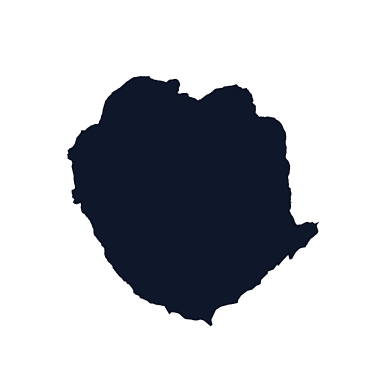 Varsag, Harghita, Romania (Natural Earth projection), rotated 126°
{"feature_id": "2599482B23586841588479", "entity_name": "Varsag", "entity_type": "district", "adm_level": 2, "iso_a3": "ROU", "parent_name": "Romania", "parent_adm1": "Harghita", "projection": "natural_earth1", "projection_center": [25.349, 46.545], "detail": "fine", "context": "isolated", "style": "filled", "palette": "ink", "viewbox_px": 384, "rotation_deg": 126, "n_neighbors": 0, "source": "geoboundaries", "source_scale": "gbopen_adm2", "svg_char_len": 5973}
<svg xmlns="http://www.w3.org/2000/svg" viewBox="0 0 384 384"><g transform="rotate(126 192 192)"><path d="M231.3,316.2L233.0,313.8L234.7,314.3L235.2,313.5L237.2,312.0L237.2,309.9L236.5,308.0L238.4,305.3L239.6,304.6L241.5,304.0L245.2,299.9L248.0,296.6L250.5,295.0L253.6,292.0L255.2,290.0L256.7,288.7L257.8,288.0L260.1,288.8L261.2,289.6L263.4,287.8L264.1,286.5L266.1,285.4L266.3,284.7L266.0,284.2L266.3,282.7L266.8,282.1L269.7,281.7L269.9,280.6L269.3,278.8L266.9,277.0L265.3,276.9L266.1,274.8L266.4,274.2L267.6,273.3L269.1,272.7L271.4,270.3L272.6,268.8L272.3,265.7L272.4,265.0L273.2,263.4L273.5,261.1L274.3,258.8L274.3,258.4L274.5,257.7L275.6,255.9L277.2,253.0L277.2,252.7L278.0,252.1L278.7,251.1L278.9,249.9L282.7,246.9L283.9,245.1L284.0,243.5L284.9,241.3L285.9,237.8L286.1,236.1L286.7,234.4L287.8,233.6L288.0,232.6L287.8,231.5L288.2,230.5L288.2,230.1L288.6,229.4L290.8,227.5L293.3,225.9L295.2,223.4L295.6,221.8L296.0,220.7L296.7,219.7L297.0,218.7L297.2,216.2L297.8,212.9L298.2,212.2L299.3,211.3L299.7,210.5L299.6,209.5L300.1,208.9L300.4,207.9L300.4,207.1L301.2,205.4L301.5,203.5L301.8,202.9L302.3,200.5L302.3,198.3L303.4,194.8L303.3,194.3L302.6,193.6L302.6,193.4L302.9,192.3L303.6,190.2L303.2,189.5L303.1,188.9L302.8,188.6L303.3,187.8L303.6,186.2L304.1,185.1L304.1,184.4L304.7,182.9L305.9,180.8L307.2,179.9L307.1,179.2L307.4,178.2L307.1,176.3L306.4,174.5L306.9,172.5L307.4,171.9L307.4,171.1L307.4,170.8L306.6,169.5L306.6,168.0L306.3,167.4L306.2,166.1L305.6,164.8L306.0,161.1L305.9,160.2L305.1,159.3L304.5,158.1L304.2,157.3L303.8,155.4L301.7,151.7L301.0,149.8L300.4,148.7L299.6,147.6L303.3,139.0L300.9,138.6L299.9,137.1L299.0,135.6L297.6,132.2L297.5,131.6L297.4,129.8L297.5,128.5L297.9,126.6L298.0,123.4L297.8,122.6L294.9,117.8L294.2,115.7L293.5,114.5L292.3,112.8L290.0,111.0L289.5,110.4L288.7,108.4L288.3,106.7L288.9,98.6L287.7,98.2L284.3,102.0L272.9,104.2L271.2,103.3L268.0,102.2L266.1,100.8L260.7,96.4L259.5,95.0L254.8,90.7L252.3,91.9L246.8,92.1L239.1,89.8L235.2,86.6L229.5,85.4L227.2,83.7L225.8,83.3L224.1,84.4L222.3,85.1L213.3,83.6L213.3,84.8L210.8,84.2L206.4,81.2L199.3,81.2L199.8,80.4L200.2,79.4L195.3,79.2L184.7,77.8L188.3,73.5L187.1,72.5L182.5,73.2L179.7,73.3L176.2,72.8L173.7,72.1L171.8,70.6L169.7,68.5L168.0,68.9L166.6,68.7L164.5,69.2L163.2,69.0L161.1,69.2L159.5,69.1L158.3,68.5L152.4,67.1L151.0,67.0L149.7,67.5L146.8,71.7L145.3,72.3L143.9,72.3L145.5,73.2L146.3,74.1L146.2,76.8L147.6,77.4L148.0,77.8L149.0,80.8L149.4,81.2L151.7,82.6L154.2,83.6L155.8,85.5L156.9,86.4L157.6,88.1L157.6,88.9L156.2,91.9L154.7,93.6L154.5,94.1L154.0,94.8L153.0,96.8L152.8,98.2L150.9,101.5L151.0,102.1L150.7,102.0L150.2,102.8L149.6,103.2L147.9,103.0L147.5,103.3L145.9,103.9L143.8,105.8L143.6,106.2L143.2,106.3L143.2,106.6L142.9,106.5L143.0,106.7L142.2,107.4L141.8,107.4L140.0,108.4L140.0,108.7L139.2,109.3L139.0,109.2L138.3,110.0L136.2,110.6L135.1,111.3L134.4,112.1L134.4,112.6L133.8,112.9L133.7,113.3L133.1,113.6L132.7,114.1L132.4,114.1L131.9,114.6L132.2,114.9L132.2,115.5L131.8,115.8L131.7,116.7L131.3,117.4L130.6,118.0L129.2,118.6L127.6,120.4L126.2,121.3L124.8,122.8L124.6,123.3L123.4,124.0L121.8,124.4L120.0,124.7L116.3,126.9L116.0,126.9L114.5,128.1L114.0,128.2L113.5,128.6L113.2,129.0L112.9,129.9L111.9,130.7L111.8,131.3L111.1,132.1L110.3,135.8L109.5,137.0L108.4,137.9L104.8,139.4L103.0,141.0L100.7,142.1L100.2,142.7L99.9,143.6L98.5,145.0L96.1,146.8L93.9,147.7L92.9,148.7L92.1,148.9L91.2,149.9L89.8,151.1L88.9,152.3L88.1,154.5L86.1,157.7L85.1,159.7L84.4,162.0L84.3,164.5L84.6,165.9L84.6,166.6L84.3,167.4L84.3,169.1L86.0,172.3L86.8,174.4L88.2,175.9L89.2,176.5L89.6,177.1L89.7,178.0L89.9,178.5L90.7,178.7L90.9,179.0L90.7,179.4L90.9,180.1L91.0,180.3L91.8,180.4L92.2,181.3L92.2,182.0L92.4,182.4L92.1,183.6L91.8,184.1L92.0,184.3L92.0,184.9L91.8,185.3L91.7,185.9L91.5,186.2L91.7,186.5L91.6,187.1L90.8,187.9L90.1,188.2L89.9,188.6L88.3,189.2L87.1,190.4L86.1,190.8L85.4,191.8L85.6,192.1L85.3,192.3L85.2,192.7L85.6,193.5L85.3,193.8L85.3,194.5L85.0,194.8L84.9,195.3L85.0,195.5L84.4,196.4L83.4,196.6L82.5,196.5L82.0,196.9L82.1,197.2L81.6,197.9L81.1,198.2L80.8,199.0L79.4,200.2L78.3,202.0L78.6,202.8L78.1,203.5L78.1,204.2L77.9,204.9L77.3,205.9L77.0,206.7L77.4,207.3L77.3,207.8L76.6,208.7L79.0,211.0L79.6,212.5L79.4,212.8L79.2,213.9L79.4,214.4L79.8,214.5L79.7,215.3L80.1,216.1L79.9,217.2L79.5,218.3L79.5,219.0L79.6,219.4L80.9,219.7L81.8,220.9L83.3,221.8L83.7,222.6L85.4,224.5L86.0,224.9L88.3,227.5L88.9,227.7L89.8,227.6L90.6,228.3L91.0,228.7L91.3,229.4L92.0,229.8L93.8,231.8L94.4,232.5L95.1,232.7L95.6,233.4L96.9,233.3L97.8,233.9L98.1,233.7L98.8,233.7L100.0,234.4L100.7,234.1L101.9,235.0L104.0,235.7L104.6,236.5L108.4,237.7L109.5,237.7L109.7,238.0L112.2,238.7L113.4,239.8L114.8,240.1L115.3,240.8L115.1,242.3L115.1,242.7L115.6,243.1L115.2,244.0L115.1,244.7L116.1,246.6L116.0,246.8L116.4,248.1L116.8,248.2L116.9,249.2L117.4,249.9L116.8,251.9L115.6,252.8L115.7,254.2L118.3,257.7L119.9,258.6L120.4,259.3L120.5,260.1L120.7,260.4L121.6,260.9L121.5,261.5L120.5,262.7L117.8,262.9L116.7,263.7L116.4,264.2L115.4,264.7L113.7,264.8L112.5,265.4L111.5,266.6L110.5,268.5L110.4,269.4L110.5,271.1L112.0,272.7L112.8,273.1L113.3,273.7L113.8,274.7L115.0,275.4L115.9,275.3L116.4,275.8L116.1,276.0L118.7,276.6L119.4,277.5L119.6,279.3L121.3,283.2L122.1,284.3L122.8,285.6L123.0,286.5L124.0,288.2L124.5,290.9L125.2,291.9L124.2,294.4L128.6,300.3L128.9,301.2L130.2,302.1L130.9,303.2L132.3,304.0L133.4,305.7L133.9,306.0L135.8,307.0L139.7,308.3L141.1,309.0L150.8,311.1L151.6,311.8L153.2,312.1L154.6,312.8L159.0,314.6L159.8,313.8L161.3,314.3L164.2,314.9L166.1,315.0L167.1,314.8L168.7,315.0L169.6,314.8L177.2,312.1L180.9,310.1L182.4,309.7L183.2,309.2L183.4,309.6L185.2,308.7L186.8,308.1L189.6,307.9L190.3,307.2L190.8,307.0L193.3,307.9L194.3,309.8L196.0,310.6L197.1,311.4L197.8,312.1L202.5,313.7L204.0,313.8L206.4,314.4L206.2,315.1L207.5,317.0L208.2,316.6L208.4,316.2L211.7,316.2L215.9,316.6L221.5,314.5L224.3,314.3L225.7,314.4L228.2,315.3L228.9,316.0L231.3,316.2Z" fill="#0f172a" stroke="#020617" stroke-width="1.5"/></g></svg>